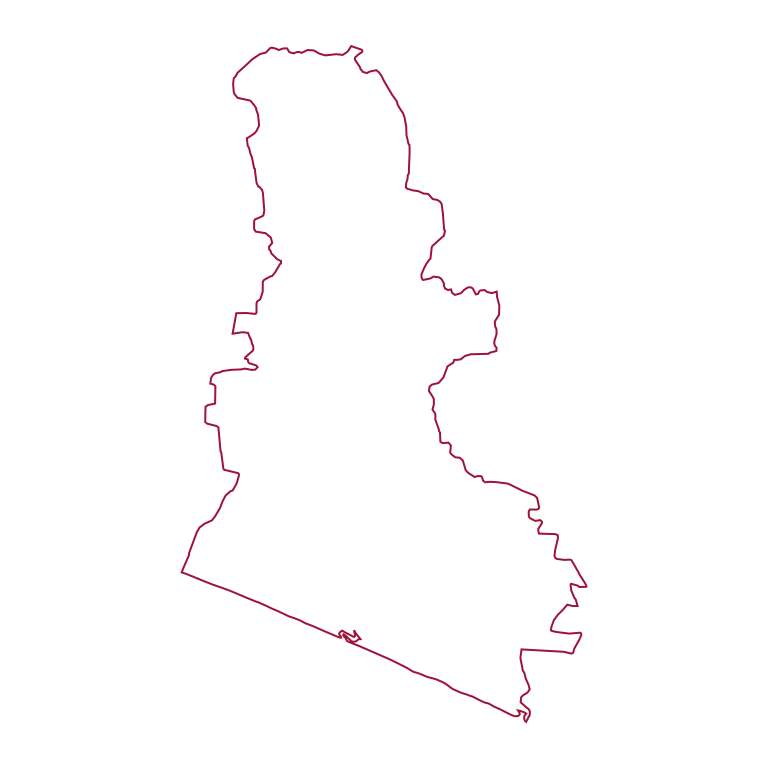 Chiquimulilla, Santa Rosa, Guatemala (orthographic projection)
{"feature_id": "79465075B27028234589447", "entity_name": "Chiquimulilla", "entity_type": "district", "adm_level": 2, "iso_a3": "GTM", "parent_name": "Guatemala", "parent_adm1": "Santa Rosa", "projection": "orthographic", "projection_center": [-90.323, 13.987], "detail": "fine", "context": "isolated", "style": "outline", "palette": "rose", "viewbox_px": 768, "rotation_deg": 0, "n_neighbors": 0, "source": "geoboundaries", "source_scale": "gbopen_adm2", "svg_char_len": 6072}
<svg xmlns="http://www.w3.org/2000/svg" viewBox="0 0 768 768"><path d="M361.3,49.6L351.2,46.1L348.1,51.0L346.4,52.5L342.7,54.9L336.2,54.2L325.3,55.4L319.2,53.6L314.0,50.5L307.7,50.0L303.4,52.0L301.4,52.9L299.5,52.0L296.8,52.1L293.8,53.3L291.1,52.8L289.1,51.8L287.1,48.4L283.5,48.4L278.7,50.0L276.3,48.8L271.9,47.6L270.2,48.1L265.8,52.6L260.1,54.0L252.5,59.1L245.4,65.7L237.5,72.8L236.6,74.6L235.1,77.1L233.8,78.2L233.1,83.7L233.7,91.5L234.5,94.1L237.7,97.9L249.1,100.3L250.2,100.7L251.0,101.3L254.3,105.4L256.3,108.5L256.2,109.6L258.0,114.7L259.1,124.8L258.8,126.3L257.9,128.1L256.4,131.1L254.6,133.2L252.7,134.6L248.7,137.3L246.9,138.1L247.6,145.4L249.1,148.2L250.4,153.6L252.0,157.6L254.1,168.2L254.8,168.7L255.2,172.6L256.6,183.0L258.3,186.6L259.4,186.8L262.1,190.0L262.9,193.0L264.3,210.4L263.6,214.5L263.2,215.4L262.6,216.1L254.9,219.5L254.1,221.1L254.1,228.9L255.7,231.6L265.6,233.2L270.1,237.0L270.9,237.8L272.2,243.0L269.0,246.7L269.2,249.4L270.5,250.8L271.3,253.3L277.0,259.1L281.1,261.1L281.0,263.4L280.1,264.0L278.0,267.4L275.0,272.6L272.0,276.1L270.5,276.4L264.2,279.8L262.8,281.6L262.7,291.7L261.1,297.0L260.1,299.5L257.6,301.1L256.9,301.9L256.5,303.8L256.5,312.5L256.1,313.4L255.2,313.9L246.2,313.0L236.3,313.2L232.6,333.7L242.7,332.2L248.1,332.9L250.3,338.7L250.9,339.2L252.3,344.4L253.1,345.5L253.4,349.2L252.7,350.8L247.5,355.3L245.2,357.5L245.0,358.6L247.8,359.4L247.9,360.5L248.2,361.8L248.6,362.6L249.3,363.2L256.1,365.4L256.8,366.0L257.6,367.2L255.2,369.7L251.6,369.9L244.9,368.6L241.3,369.4L231.7,369.8L222.2,371.1L220.8,372.1L215.0,373.3L212.9,375.0L211.1,377.8L210.3,383.6L213.8,384.6L215.4,386.3L215.1,403.6L208.1,405.0L205.5,406.8L205.2,422.0L207.2,423.7L216.5,426.0L218.4,427.4L220.6,451.6L221.2,452.2L223.4,468.8L224.3,469.8L236.3,472.7L238.1,473.1L238.9,474.0L238.8,476.0L236.8,482.9L236.2,484.4L232.6,490.5L230.4,491.3L225.6,495.5L222.6,501.3L220.0,508.0L215.0,516.5L211.9,520.4L204.6,523.7L199.7,527.4L196.9,532.0L189.0,553.3L189.0,555.1L183.5,567.7L181.7,572.4L185.7,573.7L202.1,580.4L212.2,584.4L228.9,590.3L246.7,597.8L252.2,600.0L254.9,601.2L258.8,602.5L266.1,605.8L271.8,608.5L278.5,611.4L289.2,616.5L293.6,617.9L299.5,620.2L305.3,623.2L313.8,626.5L324.4,631.2L339.1,637.4L341.1,637.6L340.8,636.5L340.1,635.7L339.5,634.9L339.1,633.8L339.9,632.3L342.2,630.6L343.8,631.7L353.4,636.7L354.2,636.9L355.0,636.1L355.0,634.7L354.5,632.8L354.0,630.2L355.7,633.1L360.4,639.1L359.1,639.1L358.3,639.4L356.6,640.9L355.7,641.4L354.9,641.6L353.7,641.7L352.4,641.6L351.5,641.3L345.7,635.7L344.4,634.8L343.5,634.4L343.2,635.5L344.1,636.6L345.8,638.3L347.0,640.9L349.5,642.2L361.0,646.8L363.3,647.9L364.9,648.5L390.7,659.8L406.8,667.8L408.9,669.2L410.9,670.4L412.4,671.3L413.9,672.0L417.0,672.8L418.5,673.3L423.1,675.1L424.9,676.0L426.9,676.8L432.6,678.3L436.6,679.5L441.9,681.8L444.2,682.9L446.1,684.1L450.7,687.6L452.7,689.0L460.0,692.3L463.3,693.5L467.0,694.6L470.3,695.9L472.5,696.5L480.4,700.6L483.0,701.8L484.9,702.6L486.3,703.0L487.2,703.1L489.0,703.7L494.0,706.6L499.5,709.0L510.1,714.4L512.7,715.5L514.1,716.0L515.6,716.3L517.3,716.1L518.5,715.7L519.4,714.8L519.8,713.8L519.4,712.6L518.6,711.4L518.0,710.4L520.4,710.9L524.3,712.4L526.2,713.6L524.8,715.4L524.2,716.6L524.2,718.0L524.3,719.4L525.3,721.3L526.1,721.9L528.1,717.9L529.7,715.2L529.9,711.9L529.2,709.8L527.9,708.5L526.8,707.7L520.6,702.3L521.2,697.2L523.1,695.3L525.0,694.1L526.5,693.3L527.9,692.1L529.7,689.1L528.5,684.7L525.8,678.7L524.4,673.1L522.8,670.4L520.4,657.9L521.5,649.4L563.8,651.8L571.3,653.6L573.1,652.8L574.5,648.2L579.2,639.9L580.6,636.6L581.2,635.4L581.3,634.3L580.7,632.9L579.8,632.7L569.3,633.6L556.6,632.0L553.3,631.3L551.9,630.9L550.9,630.3L550.9,629.2L551.3,628.0L551.5,626.6L553.8,620.3L557.8,614.8L562.7,610.0L567.3,604.7L573.0,606.1L577.6,606.0L575.8,599.7L574.2,597.5L571.2,590.3L570.6,584.9L571.0,583.9L572.0,584.0L577.6,585.6L579.4,587.0L586.3,586.8L586.3,585.5L584.8,582.8L579.3,574.2L578.6,572.5L571.5,560.2L569.8,559.6L564.3,559.9L556.6,558.9L554.9,557.3L554.5,555.9L555.1,550.4L557.9,538.4L557.8,535.2L555.3,534.1L538.9,533.6L538.1,529.2L542.0,523.0L541.9,521.6L540.2,520.1L535.2,520.9L529.9,518.1L528.9,516.6L528.7,513.4L528.8,511.1L529.9,509.5L536.6,509.6L538.4,509.0L539.2,507.5L537.1,497.9L534.5,495.4L522.3,490.7L510.3,484.7L507.3,483.5L496.9,482.2L490.0,481.8L485.1,482.3L483.0,480.6L482.1,477.2L481.2,476.2L477.6,476.1L474.5,477.0L473.6,476.2L469.8,474.0L467.5,472.2L465.7,470.1L462.8,460.5L459.7,457.7L455.2,457.3L450.9,453.9L450.2,452.3L450.9,445.5L448.5,442.6L442.6,443.2L440.4,441.7L440.0,432.5L439.2,431.3L438.6,428.7L435.3,419.6L435.4,416.4L435.4,414.5L434.9,413.1L432.5,409.6L433.9,404.3L433.8,398.8L430.9,393.9L429.0,391.2L429.5,386.7L431.9,384.6L438.5,383.0L439.3,382.2L443.5,377.3L447.5,366.4L453.4,362.5L454.2,359.8L457.2,359.9L460.8,359.3L464.9,356.0L470.6,354.3L488.4,353.8L489.8,352.7L496.3,351.0L496.6,348.4L496.4,347.5L494.8,345.7L494.2,342.6L494.7,340.0L496.6,334.0L496.4,328.9L495.2,326.5L494.8,321.5L499.1,314.7L499.3,305.5L497.0,296.6L496.7,291.6L492.0,293.1L487.2,292.0L484.7,290.1L480.6,290.4L479.1,291.5L478.0,293.9L475.9,294.4L472.8,288.5L470.9,287.3L468.2,287.3L464.3,289.7L460.9,293.2L454.9,294.9L452.1,292.8L451.0,289.4L447.9,290.0L446.1,289.0L445.1,288.6L443.9,285.6L443.9,283.4L442.0,279.9L441.0,278.7L439.3,277.4L433.5,276.6L430.5,278.4L423.1,280.0L421.7,278.3L421.4,274.6L424.2,267.9L426.4,263.8L428.8,260.4L430.5,258.5L431.7,247.5L432.4,246.0L444.0,235.5L445.0,230.7L444.1,229.5L442.9,213.5L441.6,203.9L440.1,201.7L437.2,199.9L432.7,199.1L428.5,194.2L426.3,193.7L423.7,193.6L418.1,191.1L412.4,190.3L410.1,189.5L407.5,188.9L405.9,187.5L406.2,183.4L406.8,180.9L407.3,180.0L407.6,177.9L407.8,175.0L408.8,173.7L409.6,152.5L409.6,149.2L409.4,144.9L408.5,143.9L406.5,135.3L406.2,126.5L404.5,117.2L402.9,113.0L400.8,110.0L397.8,105.0L396.7,101.2L392.3,95.0L388.5,88.7L384.2,81.4L381.6,76.0L379.0,72.4L376.3,70.2L369.6,71.6L366.9,73.1L362.9,71.9L360.5,69.0L359.8,66.9L355.3,60.2L354.9,59.3L354.8,58.1L355.3,57.3L358.0,54.8L362.0,52.1L362.4,51.3L362.1,50.1L361.3,49.6Z" fill="none" stroke="#9f1239" stroke-width="2"/></svg>